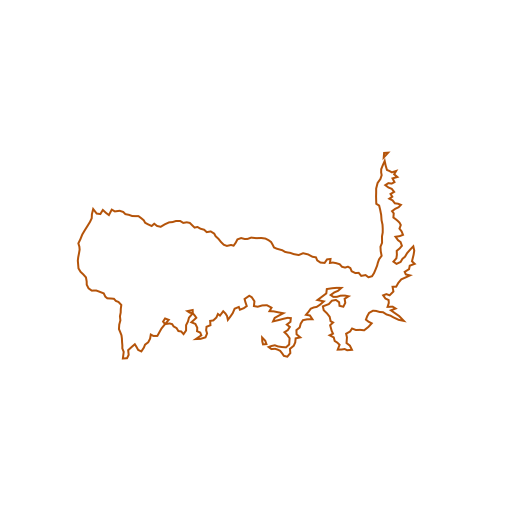 Praia Grande, Santa Catarina, Brazil, rotated 220°
{"feature_id": "56859067B99383778089329", "entity_name": "Praia Grande", "entity_type": "district", "adm_level": 2, "iso_a3": "BRA", "parent_name": "Brazil", "parent_adm1": "Santa Catarina", "projection": "equal_earth", "projection_center": [-50.033, -29.21], "detail": "fine", "context": "isolated", "style": "outline", "palette": "amber", "viewbox_px": 512, "rotation_deg": 220, "n_neighbors": 0, "source": "geoboundaries", "source_scale": "gbopen_adm2", "svg_char_len": 5636}
<svg xmlns="http://www.w3.org/2000/svg" viewBox="0 0 512 512"><g transform="rotate(220 256 256)"><path d="M292.1,91.9L289.1,94.8L290.0,98.4L293.4,101.7L292.7,106.8L292.1,110.5L289.0,109.5L285.9,108.3L282.5,109.2L283.0,113.7L284.0,116.8L283.1,120.6L284.0,124.6L286.1,128.2L283.2,128.8L280.2,131.4L281.2,136.5L281.8,139.7L281.9,145.4L278.8,148.8L276.4,149.9L273.9,149.1L270.5,149.7L267.2,148.6L264.8,150.1L261.3,149.6L261.7,154.0L265.1,158.1L266.0,162.0L267.7,165.7L267.6,171.5L264.5,171.0L262.0,170.3L262.9,163.7L258.8,165.0L254.9,163.3L252.8,160.5L249.5,161.5L246.9,160.1L248.7,153.7L245.3,156.8L242.4,161.2L243.7,165.2L246.5,167.1L248.4,170.0L246.4,173.7L249.4,176.8L247.3,179.2L246.8,183.4L247.9,187.1L245.3,187.2L245.6,192.6L242.4,192.3L239.6,191.4L236.5,189.0L236.7,193.2L237.1,197.3L238.5,201.9L236.4,205.9L233.8,204.5L231.8,208.2L230.9,211.7L234.7,214.0L237.1,215.7L235.6,221.2L232.8,221.7L228.1,220.3L225.4,216.3L222.1,218.2L219.4,222.2L216.0,225.3L210.9,226.4L210.2,222.4L206.8,225.0L202.5,227.3L198.3,229.7L200.0,225.5L201.9,220.6L200.9,216.9L197.6,221.3L194.5,225.7L192.0,229.0L189.4,230.8L187.3,227.7L188.3,223.3L184.5,223.4L184.0,219.6L185.2,215.9L181.8,215.7L177.4,214.6L173.7,209.5L174.3,205.3L177.5,203.0L181.1,200.8L184.2,199.7L186.3,197.0L187.8,194.4L184.4,194.6L181.7,197.2L179.2,198.2L176.6,198.9L173.2,198.2L170.5,197.4L167.3,199.0L167.3,203.7L170.3,206.7L169.4,211.5L170.4,215.0L172.7,218.4L169.8,222.1L174.6,222.1L177.4,225.2L176.6,229.3L178.3,233.0L178.8,237.0L176.1,240.4L172.1,243.8L176.5,245.1L179.9,243.1L179.9,247.0L180.2,250.8L178.7,253.7L176.8,256.0L175.7,259.7L174.9,264.8L180.6,261.8L179.6,266.0L178.1,272.5L180.5,276.2L176.8,280.4L173.7,283.5L170.1,286.4L170.8,282.0L172.6,278.5L173.7,274.1L170.5,274.4L167.7,276.8L165.7,280.0L162.5,282.8L159.2,284.6L160.6,280.2L157.5,277.5L156.5,273.3L160.0,271.5L162.6,274.0L166.5,273.7L169.1,270.6L169.3,266.0L172.4,260.4L169.3,258.0L164.8,257.7L160.5,256.8L156.9,254.0L154.2,254.6L154.7,250.6L149.9,247.3L147.1,246.0L148.6,242.6L144.1,243.6L141.1,241.5L138.2,241.9L134.9,241.7L133.2,236.8L130.4,239.3L128.3,241.7L125.6,242.4L122.2,245.8L126.5,247.7L130.7,247.5L134.0,252.1L137.0,254.4L135.4,258.6L135.8,262.2L131.9,263.5L128.7,266.4L125.4,268.6L124.3,273.9L124.1,278.8L127.6,278.0L130.9,277.9L132.1,281.4L132.8,285.1L131.2,289.3L128.7,291.1L125.3,292.6L122.5,294.6L118.5,295.1L114.7,296.7L111.4,297.3L105.7,298.8L101.1,301.3L107.7,302.0L113.1,301.5L117.7,301.1L115.3,305.5L118.8,305.0L122.5,301.6L124.1,305.4L126.1,307.5L129.5,306.6L133.3,307.6L131.6,310.6L128.4,311.8L127.9,317.1L131.6,320.2L128.9,322.6L129.7,326.9L129.7,331.5L127.5,336.0L125.6,340.1L129.4,338.2L131.9,339.4L130.3,344.3L132.0,347.4L129.4,352.0L133.1,352.2L136.1,358.3L138.2,361.8L141.7,364.5L142.0,360.2L142.1,355.3L141.4,351.2L142.0,348.0L141.4,344.4L143.3,340.3L147.1,340.0L147.0,344.5L148.8,347.4L151.5,350.4L150.8,354.2L150.8,357.6L154.2,359.6L157.4,359.4L161.5,360.4L158.7,363.6L157.0,366.7L160.2,368.4L163.7,369.2L165.0,372.8L167.5,373.8L170.1,374.0L172.7,374.0L175.5,373.8L177.9,377.2L180.6,377.8L179.7,381.6L178.1,385.0L177.9,388.3L180.9,387.3L183.5,385.6L187.2,386.4L190.7,385.6L189.7,389.0L192.8,390.0L191.4,393.9L195.2,394.7L198.6,393.6L202.5,393.4L201.4,396.9L198.6,398.7L197.4,401.6L201.3,403.2L198.5,407.4L202.7,407.4L203.3,411.2L205.7,407.4L208.4,406.9L211.0,406.1L214.8,408.6L218.5,411.5L217.2,407.0L215.9,403.0L213.8,400.4L211.7,398.7L210.2,395.0L209.8,390.1L207.3,384.9L204.7,381.8L202.4,378.9L200.1,376.3L197.4,373.3L194.1,373.8L190.7,371.3L186.6,368.0L182.8,364.1L179.2,361.3L176.4,358.3L174.0,355.4L172.1,352.0L170.2,349.8L167.9,347.1L166.6,343.1L163.6,339.9L159.9,336.9L159.6,332.6L158.4,329.3L157.0,326.4L155.8,322.7L154.6,318.8L154.1,315.1L156.2,312.0L159.8,311.8L162.6,308.4L166.5,309.1L168.9,306.8L172.9,305.8L176.0,307.4L178.7,306.9L180.3,304.4L183.2,303.0L186.6,303.5L190.1,302.0L192.9,300.4L194.9,298.2L197.0,301.6L199.4,299.1L199.0,294.8L202.4,292.4L206.3,292.0L209.2,293.5L212.3,291.7L217.1,290.7L221.7,288.4L223.9,284.2L228.3,281.7L231.8,280.4L234.1,279.0L236.4,277.8L239.6,277.3L242.0,276.2L244.9,274.9L247.7,274.1L250.4,275.3L253.4,276.4L256.5,276.2L260.0,275.4L263.5,273.2L267.3,269.8L271.5,267.0L273.4,263.7L275.5,261.8L278.9,260.2L280.9,256.8L280.1,253.2L279.8,249.5L282.2,248.4L284.8,245.0L287.9,243.9L291.8,244.2L295.7,245.0L299.7,245.2L302.4,246.3L306.5,245.7L309.1,242.6L312.6,242.8L316.1,241.2L319.5,240.6L321.3,238.3L324.4,238.5L328.0,238.8L330.7,237.3L333.0,234.6L336.5,234.1L339.8,231.4L341.7,228.4L344.2,225.9L346.2,221.7L347.8,217.1L351.1,215.4L354.7,215.3L355.2,211.9L359.3,210.8L362.3,210.2L364.9,211.2L367.9,211.2L371.6,211.0L373.9,209.1L376.6,207.0L379.7,205.9L383.0,204.1L386.0,204.4L389.5,203.0L392.8,199.4L396.3,198.8L395.0,192.8L398.6,192.6L402.9,192.8L402.2,188.1L405.3,186.1L410.9,187.3L408.6,182.6L406.1,179.3L405.1,175.5L404.3,170.0L403.7,165.6L402.9,160.8L401.3,155.9L400.2,151.5L397.3,149.6L395.2,147.5L393.1,143.9L391.4,140.8L389.5,137.9L386.4,134.8L384.0,132.4L380.2,131.1L376.5,130.9L372.5,130.3L369.4,127.7L367.2,125.2L363.5,123.6L359.6,123.9L356.3,126.8L353.9,127.7L348.6,129.5L345.3,128.0L342.7,128.0L339.5,130.4L337.3,131.9L334.5,131.5L331.8,132.4L327.7,131.9L325.6,128.6L323.3,125.7L321.5,122.4L318.5,119.5L316.7,115.6L314.0,111.9L311.4,110.6L308.1,108.8L305.7,106.6L303.2,103.9L301.0,101.7L299.0,99.3L295.7,97.5L292.1,91.9ZM281.9,145.4L285.0,146.0L285.5,149.7L281.8,151.0L281.9,145.4ZM267.6,171.5L270.4,170.0L273.1,169.7L269.8,173.9L267.6,171.5ZM196.3,194.6L193.8,192.8L191.4,195.2L194.4,197.0L198.9,197.5L196.3,194.6ZM224.1,417.3L221.5,413.6L221.2,420.1L224.1,417.3Z" fill="none" stroke="#b45309" stroke-width="2"/></g></svg>